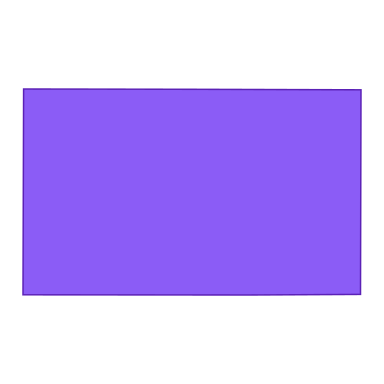 Kingsbury, South Dakota, United States of America
{"feature_id": "52423323B28637641674469", "entity_name": "Kingsbury", "entity_type": "district", "adm_level": 2, "iso_a3": "USA", "parent_name": "United States of America", "parent_adm1": "South Dakota", "projection": "natural_earth1", "projection_center": [-97.566, 44.37], "detail": "fine", "context": "isolated", "style": "filled", "palette": "violet", "viewbox_px": 384, "rotation_deg": 0, "n_neighbors": 0, "source": "geoboundaries", "source_scale": "gbopen_adm2", "svg_char_len": 221}
<svg xmlns="http://www.w3.org/2000/svg" viewBox="0 0 384 384"><path d="M23.0,294.8L25.0,294.8L248.5,295.0L360.5,294.4L361.0,89.8L191.5,89.3L23.6,89.0L23.0,294.8Z" fill="#8b5cf6" stroke="#5b21b6" stroke-width="1.5"/></svg>